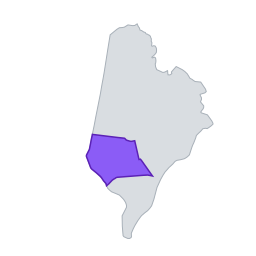 Dayr Az Zawr on a map of Syria (Robinson projection), rotated 132°
{"feature_id": "SYR-142", "entity_name": "Dayr Az Zawr", "entity_type": "Province", "adm_level": 1, "iso_a3": "SYR", "parent_name": "Syria", "parent_adm1": "", "projection": "robinson", "projection_center": [40.418, 35.268], "detail": "fine", "context": "in_parent", "style": "filled", "palette": "violet", "viewbox_px": 256, "rotation_deg": 132, "n_neighbors": 0, "source": "natural_earth", "source_scale": "10m", "svg_char_len": 2751}
<svg xmlns="http://www.w3.org/2000/svg" viewBox="0 0 256 256"><g transform="rotate(132 128 128)"><path d="M48.6,94.2L50.5,94.4L54.5,96.8L55.2,96.7L56.4,93.6L57.6,92.5L60.1,91.6L60.9,86.5L62.1,85.5L63.5,85.0L65.7,84.9L67.5,84.6L67.7,83.7L65.1,77.8L65.4,76.4L66.7,70.4L67.6,68.1L68.3,67.4L71.3,67.7L75.4,68.7L76.5,70.4L78.5,71.9L81.6,71.8L85.1,72.1L87.8,72.2L90.0,71.1L95.0,69.2L97.4,68.5L99.7,67.6L106.9,64.4L109.7,64.6L111.7,65.1L113.2,65.6L116.5,67.8L119.3,70.0L121.3,70.7L124.8,70.6L129.9,71.1L136.1,71.0L139.7,70.4L144.4,69.3L152.7,66.7L163.6,61.1L170.0,58.4L172.8,58.1L176.3,58.1L179.9,58.8L184.0,59.3L185.9,59.2L190.3,58.7L196.0,57.6L199.6,56.6L204.0,55.1L206.6,52.6L207.5,52.4L208.6,52.8L209.2,53.0L210.3,54.4L211.5,58.1L211.5,58.5L211.3,59.6L208.5,62.6L204.6,66.7L201.9,69.2L197.2,73.6L193.8,74.5L187.9,76.1L186.3,77.6L184.9,80.1L184.0,83.4L183.8,85.6L183.6,89.5L185.0,93.6L186.4,97.5L186.5,100.1L186.4,102.6L185.1,105.3L183.8,109.1L183.0,113.3L182.6,121.2L182.6,127.9L182.5,129.1L180.1,133.8L177.2,139.4L175.9,140.7L169.7,142.3L162.9,146.4L155.3,151.0L148.3,155.1L141.1,159.5L133.5,164.0L128.1,167.2L120.9,171.5L114.3,175.7L107.6,179.8L102.5,183.0L94.8,188.0L90.2,191.0L83.6,195.3L77.7,199.1L70.7,203.6L62.1,202.3L59.3,201.5L57.1,199.4L55.5,198.2L51.4,197.0L48.8,193.0L47.3,191.6L44.5,190.9L45.7,188.3L46.0,186.6L47.2,184.5L46.5,183.2L46.1,180.3L45.6,179.6L45.5,178.8L45.9,177.9L45.7,176.9L45.3,176.5L45.1,175.1L44.7,174.0L44.9,172.7L45.5,171.8L46.2,170.2L46.9,169.7L48.1,168.7L48.4,167.6L49.5,166.6L50.9,165.7L51.2,165.1L51.0,164.7L49.6,163.9L48.9,162.6L49.6,160.6L50.0,160.0L50.9,159.0L52.7,157.6L54.2,157.3L55.5,157.3L57.6,157.4L59.3,157.7L59.7,157.3L59.6,156.8L57.6,155.7L57.5,154.7L58.0,153.7L59.5,152.1L61.2,150.9L62.1,150.7L64.1,148.4L65.4,145.7L63.4,139.3L62.2,138.3L60.2,137.4L59.0,137.2L59.0,136.8L60.6,135.2L61.7,133.8L60.5,132.4L58.3,131.8L57.4,133.2L54.6,133.3L50.1,133.3L48.3,126.5L48.0,123.6L48.1,120.2L49.6,115.2L49.0,112.9L48.9,111.4L48.6,109.3L45.2,104.7L47.3,96.3L48.6,94.2Z" fill="#d9dde1" stroke="#a8b0b8" stroke-width="1"/><path d="M185.3,105.3L184.1,107.0L183.9,108.0L183.6,110.9L182.6,114.7L182.4,116.5L182.4,117.2L182.5,122.2L182.8,127.5L182.7,128.3L182.5,129.1L178.2,137.4L177.2,139.4L176.7,140.2L175.9,140.7L169.7,142.4L166.0,144.6L163.2,146.3L160.4,148.0L157.5,149.6L156.6,150.2L142.3,129.8L138.1,124.0L138.0,123.8L137.9,123.5L137.9,123.2L138.1,121.4L138.0,121.1L138.0,120.9L136.4,117.5L135.6,116.5L133.0,114.5L143.8,99.1L144.0,98.7L143.8,98.6L143.1,98.1L142.9,98.0L142.9,97.7L143.2,95.8L145.7,84.8L147.3,77.7L147.9,78.8L149.8,81.9L152.9,85.0L171.8,103.0L172.6,103.5L173.1,103.7L174.6,104.0L175.5,104.4L177.5,104.8L182.4,104.9L185.3,105.3L185.3,105.3Z" fill="#8b5cf6" stroke="#5b21b6" stroke-width="1.5"/></g></svg>